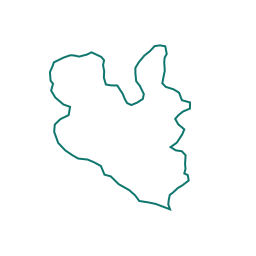 Trachonas, Cyprus (orthographic projection), rotated 334°
{"feature_id": "46923920B71811128536936", "entity_name": "Trachonas", "entity_type": "district", "adm_level": 2, "iso_a3": "CYP", "parent_name": "Cyprus", "parent_adm1": "", "projection": "orthographic", "projection_center": [33.353, 35.206], "detail": "fine", "context": "isolated", "style": "outline", "palette": "teal", "viewbox_px": 256, "rotation_deg": 334, "n_neighbors": 0, "source": "geoboundaries", "source_scale": "gbopen_adm2", "svg_char_len": 1240}
<svg xmlns="http://www.w3.org/2000/svg" viewBox="0 0 256 256"><g transform="rotate(334 128 128)"><path d="M130.1,219.5L130.7,214.4L133.1,210.5L136.2,206.5L140.2,205.7L146.5,203.8L151.6,203.4L159.5,201.8L161.1,196.6L158.7,193.5L161.8,189.9L163.4,185.6L167.8,177.7L166.2,172.5L161.1,169.0L157.9,163.8L165.4,162.6L174.0,157.5L178.0,153.9L174.8,146.8L174.4,140.5L179.2,138.5L184.7,137.3L192.2,137.7L194.9,132.2L188.6,126.6L189.4,118.7L185.9,113.2L180.0,107.6L178.4,102.9L183.1,96.6L186.2,92.6L189.4,84.7L191.8,80.8L195.3,78.4L197.3,70.9L192.9,67.7L187.8,66.1L181.5,68.5L174.4,70.1L166.6,73.6L161.0,77.2L158.7,81.9L155.9,89.5L157.1,95.4L157.1,104.5L154.0,108.4L147.3,109.2L141.0,108.8L138.2,105.3L137.8,101.3L138.2,95.0L137.0,85.1L131.5,82.3L127.2,79.2L128.4,72.1L131.5,66.5L133.1,60.6L136.2,56.6L135.1,52.3L128.4,44.0L123.3,44.0L115.4,42.4L111.4,39.2L107.9,37.3L101.2,36.5L90.2,36.5L87.0,39.6L82.3,43.6L79.2,51.5L80.0,55.4L75.3,60.7L76.0,68.7L80.3,78.6L85.2,83.6L80.3,90.4L71.0,90.4L63.7,92.8L60.0,99.0L58.7,110.8L61.8,120.6L66.1,128.1L69.8,133.6L77.8,138.6L82.1,143.5L87.0,150.3L86.4,159.6L91.3,163.9L95.0,174.4L101.8,184.3L104.9,191.7L106.1,198.5L114.1,204.1L119.6,208.4L130.1,219.5Z" fill="none" stroke="#0f766e" stroke-width="2"/></g></svg>